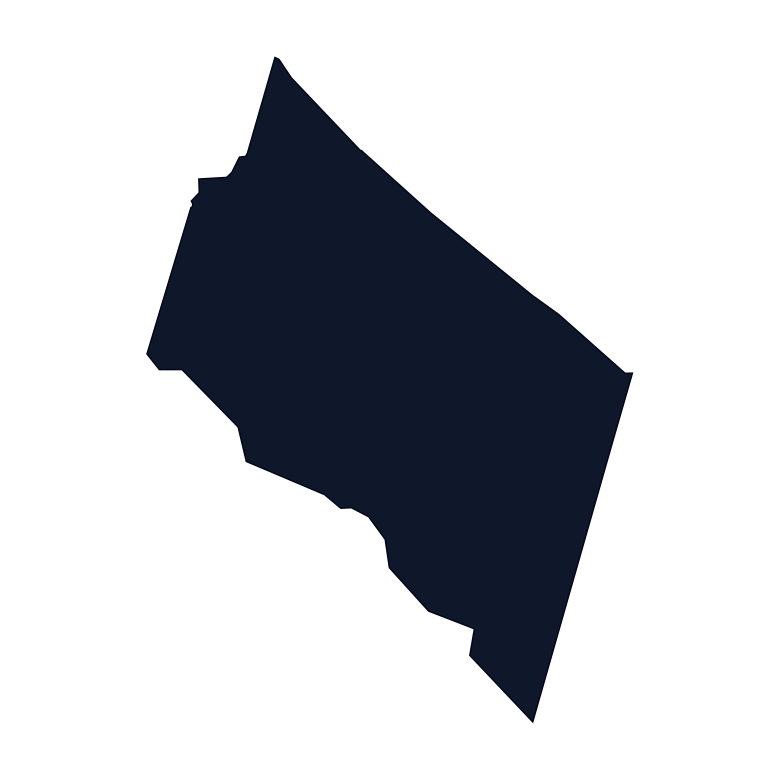 the district of Cambria, Pennsylvania, United States of America, rotated 106°
{"feature_id": "52423323B19514206676815", "entity_name": "Cambria", "entity_type": "district", "adm_level": 2, "iso_a3": "USA", "parent_name": "United States of America", "parent_adm1": "Pennsylvania", "projection": "robinson", "projection_center": [-78.751, 40.484], "detail": "fine", "context": "isolated", "style": "filled", "palette": "ink", "viewbox_px": 768, "rotation_deg": 106, "n_neighbors": 0, "source": "geoboundaries", "source_scale": "gbopen_adm2", "svg_char_len": 675}
<svg xmlns="http://www.w3.org/2000/svg" viewBox="0 0 768 768"><g transform="rotate(106 384 384)"><path d="M100.2,578.8L199.5,578.9L203.4,579.7L205.7,585.5L222.6,588.6L228.8,592.2L238.0,618.5L251.0,614.3L261.2,619.6L263.6,617.4L266.5,617.1L267.7,618.2L275.0,618.3L420.5,620.1L432.1,603.9L428.9,593.0L427.7,588.7L425.8,582.2L451.1,537.7L465.6,512.3L496.4,495.0L506.7,410.7L515.3,391.3L511.9,381.3L515.8,362.2L533.0,340.0L559.1,328.2L590.0,278.5L594.4,229.6L621.2,226.7L667.8,147.9L376.6,148.3L305.1,148.2L307.3,155.2L269.0,235.3L258.1,265.6L206.5,386.8L165.8,470.2L166.0,471.2L115.3,557.4L100.9,574.5L100.2,578.8Z" fill="#0f172a" stroke="#020617" stroke-width="1.5"/></g></svg>